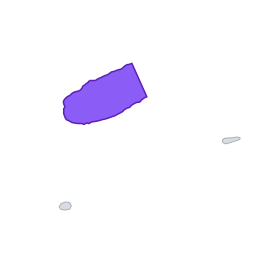 South Ari, Maldives shown in context, rotated 64°
{"feature_id": "70690204B29165248779959", "entity_name": "South Ari", "entity_type": "district", "adm_level": 2, "iso_a3": "MDV", "parent_name": "Maldives", "parent_adm1": "", "projection": "equal_earth", "projection_center": [72.841, 3.685], "detail": "fine", "context": "in_parent", "style": "filled", "palette": "violet", "viewbox_px": 256, "rotation_deg": 64, "n_neighbors": 0, "source": "geoboundaries", "source_scale": "gbopen_adm2", "svg_char_len": 3356}
<svg xmlns="http://www.w3.org/2000/svg" viewBox="0 0 256 256"><g transform="rotate(64 128 128)"><path d="M185.0,47.3L182.5,49.1L180.3,48.4L179.5,46.1L180.6,42.8L182.5,38.6L183.8,34.0L185.8,31.6L187.2,32.4L187.1,35.0L186.4,38.5L185.9,43.1L185.0,47.3ZM171.6,224.1L168.6,224.4L166.7,221.2L167.1,216.5L169.5,213.2L173.1,213.0L175.3,215.9L174.2,220.5L171.6,224.1Z" fill="#d9dde1" stroke="#a8b0b8" stroke-width="1"/><path d="M71.6,96.2L71.6,96.7L71.5,97.3L71.4,97.8L71.4,98.4L71.3,99.1L71.1,99.8L70.9,100.3L70.7,101.0L70.6,101.6L70.7,102.3L70.8,102.8L70.8,103.4L71.1,104.4L71.2,104.9L71.3,105.4L71.5,105.8L71.7,106.5L71.8,107.0L71.9,107.4L72.0,107.9L72.0,108.3L71.9,108.7L71.9,109.1L71.7,109.7L71.6,110.4L71.5,111.1L71.3,112.1L71.2,112.6L71.1,113.4L71.2,114.4L71.1,115.2L70.9,115.9L70.7,116.8L70.5,117.6L70.4,118.3L70.5,119.3L70.6,120.0L70.8,120.6L70.9,121.2L71.0,122.2L71.1,123.0L71.0,123.9L70.8,125.5L70.8,126.5L70.7,127.5L70.7,128.3L70.8,129.6L70.8,130.6L70.7,131.9L70.6,132.9L70.6,133.6L70.7,134.5L70.8,135.0L70.9,135.5L70.9,136.0L70.9,136.5L70.7,137.1L70.4,137.7L69.9,138.7L69.4,139.9L68.8,140.8L68.8,142.5L69.1,143.4L69.7,144.2L69.7,145.0L69.7,146.0L70.1,147.1L70.4,147.9L70.4,148.7L70.4,149.6L70.6,150.3L71.1,150.8L71.7,151.5L72.2,152.4L72.6,153.1L72.9,154.1L73.1,154.9L73.1,155.3L73.0,156.5L72.9,157.2L72.7,157.8L72.6,158.4L72.4,159.3L72.2,160.3L72.2,161.5L72.2,162.6L72.4,163.3L72.7,164.7L73.2,165.6L73.3,166.3L73.2,167.1L73.2,167.7L73.2,168.3L73.4,169.4L73.7,170.5L74.0,171.3L74.3,172.1L74.6,172.7L75.0,173.4L75.5,174.0L76.1,174.5L76.8,174.9L77.6,175.0L78.5,175.2L79.5,175.4L80.5,175.2L81.2,175.5L81.6,175.9L82.0,176.4L82.3,177.0L82.8,177.6L83.6,177.9L84.4,178.3L85.1,178.5L86.1,179.2L86.8,179.4L87.8,179.6L88.3,179.7L88.9,179.7L89.9,179.8L90.7,179.9L91.5,179.9L92.1,180.0L92.6,179.8L93.2,179.7L93.8,179.5L94.3,179.1L94.9,178.6L95.3,178.2L95.7,177.9L96.3,177.5L96.8,177.1L97.4,176.8L98.0,176.2L98.6,175.8L99.1,175.2L99.5,174.7L99.7,174.3L100.2,173.8L100.8,172.9L101.1,172.4L101.4,172.0L101.8,171.4L102.1,170.8L102.4,170.2L102.6,169.8L102.9,169.2L103.3,168.4L103.7,167.6L104.1,167.1L104.6,166.8L105.0,166.5L105.5,165.8L105.5,164.9L105.3,164.1L105.4,163.3L105.8,162.4L106.1,162.0L106.7,161.5L106.8,160.5L106.7,159.6L106.7,158.7L106.7,157.8L106.9,157.0L107.2,156.4L107.4,155.6L107.6,154.7L107.9,154.0L108.0,153.4L108.2,152.8L108.5,151.7L108.7,151.0L108.8,149.9L108.9,149.2L109.1,148.5L109.1,147.7L109.3,146.9L109.4,146.5L109.7,145.6L109.8,144.9L110.0,144.3L110.1,143.6L110.2,143.0L110.3,142.3L110.5,141.5L110.5,140.6L110.6,139.5L110.6,138.8L110.8,138.3L110.9,137.6L110.9,137.1L110.8,136.4L110.9,135.9L111.1,135.6L111.2,135.1L111.3,134.4L111.2,133.6L111.2,133.1L111.2,132.5L111.1,132.0L111.1,131.4L111.0,130.7L111.1,130.2L111.1,129.7L111.1,129.0L111.0,128.1L110.9,127.4L111.0,126.6L110.9,125.9L110.8,125.3L110.5,124.7L110.3,124.2L110.1,123.5L110.0,123.0L109.9,122.0L109.7,121.3L109.7,120.6L109.7,120.0L109.8,119.6L110.0,118.9L110.1,118.2L110.0,117.2L109.8,116.5L109.5,115.8L109.2,115.0L109.0,114.2L108.9,113.6L108.9,112.8L108.8,111.7L108.8,111.0L108.7,110.3L108.8,109.6L109.0,108.9L109.1,108.3L109.4,107.4L109.6,106.8L109.7,106.1L109.7,105.4L109.5,105.1L109.2,104.6L109.0,104.1L108.7,103.4L108.5,102.8L108.4,101.9L108.3,101.2L108.2,100.5L108.1,99.5L108.1,98.7L108.2,98.1L108.2,97.4L71.6,96.2Z" fill="#8b5cf6" stroke="#5b21b6" stroke-width="1.5"/></g></svg>